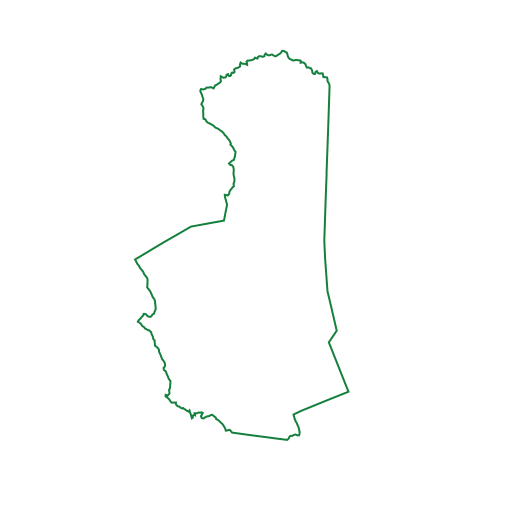 outline of Riacho de Santana, Bahia, Brazil, rotated 153°
{"feature_id": "56859067B6273333870368", "entity_name": "Riacho de Santana", "entity_type": "district", "adm_level": 2, "iso_a3": "BRA", "parent_name": "Brazil", "parent_adm1": "Bahia", "projection": "equal_earth", "projection_center": [-43.019, -13.644], "detail": "fine", "context": "isolated", "style": "outline", "palette": "green", "viewbox_px": 512, "rotation_deg": 153, "n_neighbors": 0, "source": "geoboundaries", "source_scale": "gbopen_adm2", "svg_char_len": 4880}
<svg xmlns="http://www.w3.org/2000/svg" viewBox="0 0 512 512"><g transform="rotate(153 256 256)"><path d="M113.0,374.7L112.6,376.6L112.9,378.5L112.7,379.9L112.0,381.1L111.7,382.9L113.4,384.0L114.7,384.9L114.2,386.5L113.7,388.4L115.0,389.2L116.4,389.5L117.7,390.8L117.8,393.1L119.5,392.9L120.7,391.5L121.8,391.8L122.5,393.6L121.8,396.0L121.8,398.2L122.8,399.0L123.6,400.2L125.2,400.9L125.1,402.5L124.9,404.7L125.7,406.6L127.0,407.6L128.5,408.0L127.5,409.7L128.7,410.9L129.9,411.4L131.1,412.5L132.9,412.9L134.2,413.3L135.2,414.7L136.6,416.4L137.0,418.5L136.9,419.9L136.5,421.3L136.2,423.3L137.1,424.4L138.1,426.0L139.5,426.9L141.2,425.9L143.3,425.3L144.8,425.3L146.0,425.2L147.3,424.9L148.4,425.4L149.4,426.8L150.3,428.3L151.5,428.6L153.0,428.7L154.5,429.8L155.4,432.0L156.7,431.5L157.9,430.2L159.6,430.4L161.0,431.8L162.4,432.6L163.7,432.4L165.1,431.3L166.9,433.2L168.3,432.3L170.6,432.5L172.0,432.8L173.5,433.3L175.0,434.0L176.2,433.4L176.5,431.8L177.1,430.4L178.3,432.0L179.6,432.8L181.0,433.6L181.9,435.3L183.3,433.9L184.1,432.1L185.4,432.0L187.3,432.0L189.1,432.5L190.9,432.0L191.5,429.8L192.9,429.3L193.9,430.3L195.1,429.9L196.0,428.5L197.3,428.1L198.4,428.8L198.3,430.7L200.0,430.8L200.8,429.6L201.9,429.0L203.1,429.3L204.3,429.8L205.8,432.1L206.8,430.6L207.5,429.2L207.8,427.7L209.3,426.9L210.6,426.8L212.1,426.6L213.5,426.4L214.8,426.5L216.5,425.5L217.7,424.6L218.5,425.7L219.6,427.0L221.0,427.2L222.3,427.9L223.8,428.5L225.3,427.9L227.3,428.3L229.2,429.7L230.6,428.6L230.9,427.2L230.9,425.2L231.4,422.0L231.7,419.6L233.0,417.9L234.2,417.3L235.8,416.1L235.5,413.5L235.7,411.4L237.0,409.8L237.6,408.5L238.7,406.0L239.8,404.0L240.4,401.9L239.4,401.4L239.0,399.8L239.0,398.3L238.3,396.5L237.1,395.1L235.8,393.2L234.9,391.8L234.4,390.4L233.6,388.4L232.4,387.1L231.4,385.5L230.9,384.2L230.1,382.9L229.5,381.4L229.0,379.7L228.9,377.8L228.1,376.0L227.9,374.4L227.7,372.8L227.2,371.4L227.2,369.6L227.3,367.8L228.2,366.7L227.5,364.7L227.2,362.6L227.3,361.2L227.3,359.7L226.9,358.3L227.6,357.0L228.7,355.7L229.6,354.2L230.7,353.3L231.9,351.7L234.0,351.8L236.1,351.2L238.1,350.6L237.7,349.0L236.3,348.0L235.8,345.6L236.4,343.6L237.1,342.0L238.3,340.3L239.3,337.9L239.7,335.9L240.5,333.8L241.3,332.4L242.3,331.5L243.3,330.4L244.0,328.2L245.5,327.9L246.8,327.2L248.8,326.4L250.4,325.3L251.8,323.5L253.7,322.7L254.8,323.9L256.0,324.7L256.7,323.2L258.5,314.8L263.1,309.0L264.0,307.9L265.2,306.2L268.5,302.1L275.2,304.1L278.4,305.1L300.6,311.7L308.3,311.3L313.8,311.0L321.6,310.6L331.9,310.1L365.3,307.8L365.3,302.7L364.7,300.5L364.8,298.1L364.1,295.2L363.7,293.2L363.9,290.5L363.0,286.0L363.3,284.2L364.3,282.5L365.0,281.0L366.2,279.1L367.2,277.5L366.9,275.7L366.5,274.1L366.3,272.0L366.4,269.6L366.5,268.1L366.7,266.1L366.2,263.9L366.4,261.7L367.3,259.7L368.1,257.5L368.7,255.9L369.4,254.3L371.0,252.9L372.2,251.9L373.1,250.9L374.7,250.9L376.3,250.0L377.5,249.7L378.9,250.4L380.1,252.1L380.4,253.8L381.3,254.9L382.4,255.4L383.3,254.4L384.7,253.8L386.0,253.4L387.5,252.6L388.7,252.3L389.8,252.0L391.1,251.1L390.3,249.8L389.3,247.8L389.2,245.4L388.0,243.4L387.8,241.8L386.7,240.2L385.9,239.0L384.9,238.2L384.0,235.7L384.5,233.8L384.5,231.1L385.2,228.6L384.6,226.7L385.4,225.4L385.8,224.0L386.7,222.0L385.8,220.0L385.1,218.1L385.1,216.3L385.8,214.8L385.9,212.9L386.0,210.9L386.2,208.9L386.5,207.2L386.1,205.0L385.8,203.0L386.1,201.1L386.9,199.3L388.0,198.7L389.2,198.2L389.8,196.3L388.7,194.0L389.1,191.5L389.2,188.9L389.5,186.1L389.0,183.5L390.1,181.4L391.2,179.8L392.1,178.1L393.1,176.9L394.3,176.2L394.9,174.1L395.7,172.6L396.9,172.2L398.0,171.8L399.5,173.3L400.3,171.9L399.3,170.2L398.7,168.6L398.3,167.3L398.3,165.7L397.7,163.6L395.7,162.7L393.9,161.8L394.6,160.7L394.5,159.1L393.9,157.5L392.6,156.6L392.1,155.1L391.0,153.7L389.9,153.6L389.4,152.2L388.6,151.0L387.7,149.2L386.8,148.0L385.4,148.6L385.8,146.6L386.0,144.5L386.4,142.4L386.8,140.5L385.7,140.7L384.9,142.4L383.6,142.6L382.7,141.7L382.0,143.8L380.5,142.7L379.2,142.7L378.0,142.5L376.9,141.7L375.5,141.4L374.7,140.5L376.1,139.2L377.8,138.3L377.9,136.2L376.3,135.0L374.6,135.3L372.7,135.4L370.5,134.6L368.8,134.8L367.1,134.4L366.5,133.0L365.9,131.8L365.2,130.3L365.5,128.8L364.3,127.2L363.5,125.1L362.8,123.1L362.1,121.3L361.8,117.7L361.8,115.8L362.2,114.1L360.8,113.6L359.4,113.4L358.2,112.9L357.9,111.3L357.4,109.4L355.9,108.4L341.1,98.1L326.3,88.0L322.6,85.4L311.7,78.0L309.8,78.5L308.5,79.6L307.1,80.1L305.2,79.2L303.5,79.4L301.8,79.0L300.7,77.5L299.0,76.7L297.7,78.1L297.0,79.5L296.5,81.2L296.0,83.3L295.8,85.2L295.7,87.2L295.5,88.7L295.7,90.4L295.5,93.1L295.0,95.6L294.5,97.7L285.8,97.5L258.6,95.2L235.2,93.1L234.3,103.2L231.2,136.2L230.3,146.0L218.0,152.8L210.2,184.2L208.4,191.9L195.1,223.5L193.6,226.7L191.2,232.1L188.0,239.0L177.4,258.2L169.9,271.8L155.7,297.3L155.0,298.8L153.3,301.8L139.9,325.9L138.9,327.8L137.1,330.9L117.0,367.3L114.2,372.4L113.0,374.7Z" fill="none" stroke="#15803d" stroke-width="2"/></g></svg>